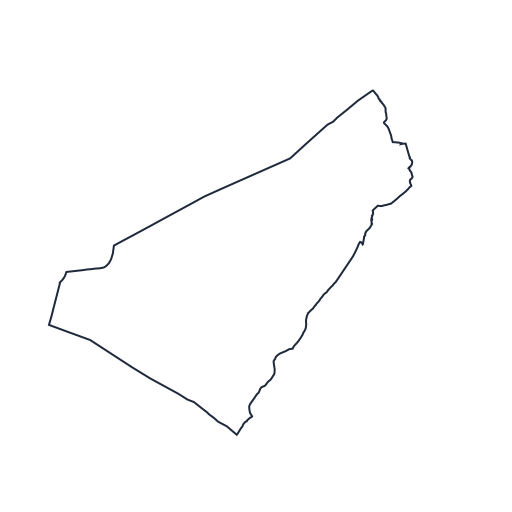 Xalatlaco, México, Mexico, rotated 137°
{"feature_id": "50627088B62914317487686", "entity_name": "Xalatlaco", "entity_type": "district", "adm_level": 2, "iso_a3": "MEX", "parent_name": "Mexico", "parent_adm1": "México", "projection": "natural_earth1", "projection_center": [-99.395, 19.166], "detail": "fine", "context": "isolated", "style": "outline", "palette": "slate", "viewbox_px": 512, "rotation_deg": 137, "n_neighbors": 0, "source": "geoboundaries", "source_scale": "gbopen_adm2", "svg_char_len": 5834}
<svg xmlns="http://www.w3.org/2000/svg" viewBox="0 0 512 512"><g transform="rotate(137 256 256)"><path d="M392.0,138.4L391.3,138.6L390.2,138.7L388.5,139.2L386.8,139.6L385.3,140.1L383.9,140.4L382.9,140.5L381.9,140.7L381.5,140.9L380.6,141.4L379.3,141.8L377.8,141.9L376.6,141.9L375.4,141.4L374.7,141.8L373.9,141.8L372.0,141.8L370.3,141.7L369.2,141.3L368.7,141.3L368.3,141.3L368.2,141.6L368.0,142.2L367.7,143.7L367.3,145.5L366.3,147.1L365.2,148.7L363.6,150.6L361.7,151.6L360.1,152.0L358.1,152.4L354.6,153.1L350.9,154.0L348.9,154.3L347.6,154.2L346.1,154.7L344.9,155.3L343.4,156.0L341.6,156.3L340.3,155.9L338.9,155.3L337.5,155.0L335.8,155.3L334.0,155.7L332.5,155.8L329.7,155.6L327.0,156.2L324.8,156.8L323.4,157.1L322.2,157.9L320.9,159.1L319.3,160.8L317.0,164.3L315.6,166.2L314.8,167.1L313.8,167.4L312.9,167.6L312.3,167.7L312.0,167.7L311.1,168.3L310.0,168.7L308.2,168.7L306.5,168.6L304.9,168.3L303.3,167.7L301.8,167.2L299.9,166.4L297.7,165.8L295.3,165.2L293.9,164.3L292.4,163.2L290.4,164.0L288.8,164.3L288.1,164.4L287.2,164.4L285.9,164.5L285.0,164.6L284.1,164.7L282.7,164.9L282.0,165.0L281.4,165.2L279.9,165.5L278.7,165.8L277.9,166.0L276.9,166.4L276.0,166.5L275.3,166.8L274.5,167.2L273.8,167.6L272.7,167.8L271.8,168.0L271.1,168.4L270.2,168.6L269.3,169.1L268.3,169.7L267.4,170.5L266.3,171.4L265.3,172.4L264.8,173.2L264.2,173.9L263.7,174.4L263.1,174.9L262.6,175.4L261.9,175.9L261.4,176.3L260.5,176.8L259.4,177.6L258.8,177.8L258.0,178.2L256.6,178.8L256.1,178.7L255.3,178.7L254.6,178.8L253.7,178.8L253.1,178.8L252.5,178.8L251.8,178.8L250.9,178.8L250.2,178.7L249.5,178.9L248.0,179.2L247.0,179.4L246.1,179.5L245.2,179.5L244.4,179.8L243.5,179.9L242.7,179.9L241.8,180.0L240.8,180.1L239.7,180.3L238.9,180.5L238.1,180.8L237.2,180.8L236.0,181.0L235.3,181.1L234.8,181.1L234.0,181.4L233.0,181.6L231.9,181.6L231.0,181.6L230.2,181.5L229.5,181.4L228.8,181.3L228.1,181.5L227.5,181.6L226.7,181.9L225.9,181.9L224.7,182.0L223.1,182.1L221.7,182.2L221.2,182.2L220.5,182.1L217.4,182.6L216.0,182.6L215.2,182.6L214.3,182.9L212.7,183.2L185.3,189.6L183.3,190.3L181.6,190.9L179.4,191.7L177.8,192.4L175.4,193.4L173.4,194.4L171.1,195.1L170.2,195.3L170.1,195.1L169.9,194.6L169.7,194.0L169.8,192.8L170.1,191.7L169.9,191.7L169.6,191.8L168.2,192.9L166.7,194.1L166.4,194.3L166.0,194.6L165.8,194.7L164.9,195.3L164.2,196.0L163.9,196.4L163.7,196.5L162.8,196.5L162.6,196.5L162.3,196.6L162.2,196.6L161.9,196.8L161.6,197.1L161.3,197.4L161.2,197.6L161.0,197.8L160.8,197.9L160.7,198.0L160.3,198.2L160.1,198.2L159.8,198.3L159.7,198.4L159.3,198.5L159.2,198.6L159.0,198.8L157.8,198.9L156.6,198.9L156.4,198.9L156.2,198.9L155.3,198.9L155.0,199.0L154.8,199.0L154.2,199.0L153.3,199.0L152.6,199.3L151.7,199.6L151.1,199.7L150.2,200.0L149.4,200.3L149.2,200.3L149.0,200.9L148.8,201.3L149.0,201.3L148.4,202.0L147.9,202.4L147.4,202.8L146.9,203.1L147.5,203.3L147.4,203.5L147.1,203.8L146.8,204.0L146.5,204.2L146.3,204.3L146.1,204.6L145.8,204.6L145.7,204.5L145.4,204.7L145.1,205.3L144.7,205.4L144.3,205.7L143.9,206.0L143.6,206.0L143.6,206.4L142.9,206.6L142.1,206.8L141.7,206.9L141.4,207.2L141.1,207.4L140.8,207.8L140.1,208.8L139.6,209.7L138.5,209.7L136.5,209.7L134.0,209.7L133.6,209.7L132.7,209.7L131.9,208.9L130.9,207.6L130.0,206.8L129.8,206.7L129.0,206.3L128.0,205.8L127.0,205.2L125.9,204.5L124.4,203.7L123.4,203.3L123.0,203.0L122.8,203.0L122.2,202.6L121.9,202.3L120.2,202.1L119.3,202.1L118.4,202.0L117.9,201.9L115.6,201.8L113.9,201.7L110.9,201.7L109.8,201.7L109.1,201.6L105.7,201.3L104.0,201.2L102.3,201.1L100.5,201.2L99.4,201.2L96.7,201.5L95.7,201.4L95.2,201.4L94.5,201.4L94.0,202.6L93.7,203.6L93.4,204.4L92.8,205.3L92.4,205.9L91.5,206.5L90.8,206.7L90.2,206.6L89.7,206.4L88.4,206.8L87.5,207.1L87.0,208.1L86.4,209.4L85.7,210.6L85.3,211.3L85.3,212.3L85.3,213.1L85.1,213.9L84.5,214.8L84.7,215.7L84.7,216.2L82.9,216.4L82.4,216.1L82.2,216.0L80.1,216.6L79.6,216.7L78.2,217.7L77.5,218.4L77.2,219.0L76.8,219.6L77.1,220.9L76.9,222.7L76.1,223.1L76.1,223.9L76.0,224.2L69.9,236.1L70.4,236.6L70.7,236.9L70.8,236.9L71.4,237.4L71.6,237.6L71.8,237.8L72.5,238.3L72.9,238.5L73.2,238.8L73.4,238.9L73.0,239.0L72.9,239.1L72.7,239.3L73.0,239.6L73.8,240.9L73.9,241.0L74.1,241.4L75.3,242.7L76.4,244.0L76.5,244.1L78.1,245.8L78.3,246.0L78.1,246.3L77.0,248.9L76.3,250.1L75.2,251.7L74.5,253.2L73.6,255.4L73.5,255.7L72.5,257.9L71.7,260.3L71.6,260.7L71.6,261.9L71.6,263.3L71.7,264.6L71.7,265.5L71.7,265.9L71.6,266.2L71.3,266.4L70.9,266.6L70.3,266.6L69.4,266.6L68.8,266.6L68.1,266.7L67.4,267.0L67.0,267.2L66.1,268.0L65.8,268.5L65.5,269.1L64.9,269.8L63.4,271.8L63.2,272.6L61.4,274.8L60.8,275.2L60.4,275.9L60.1,276.6L60.0,277.7L59.6,279.3L59.5,280.6L59.6,281.5L59.5,281.9L59.4,282.1L59.3,282.4L59.4,282.6L59.5,282.8L59.4,283.0L59.1,283.5L59.2,283.8L59.3,283.9L59.5,284.3L59.5,284.6L59.3,284.9L59.2,284.9L59.1,285.0L59.2,285.4L59.1,285.6L59.0,285.9L58.9,286.0L59.0,286.2L59.0,286.7L59.0,286.9L58.9,287.2L58.8,287.9L58.5,288.5L58.2,288.9L58.0,289.7L58.0,290.3L57.8,291.1L57.8,291.9L57.9,292.7L57.7,293.7L57.7,294.3L57.7,295.0L57.6,296.0L57.6,296.7L57.6,297.3L58.8,297.7L75.5,300.1L90.2,300.9L101.9,301.8L107.9,301.6L114.1,303.3L143.6,303.9L164.5,304.1L190.7,313.2L215.5,321.8L234.9,328.5L253.1,334.7L268.8,338.7L282.7,342.3L297.4,346.1L312.3,349.9L330.3,354.6L348.4,359.4L352.8,360.5L357.6,356.6L359.1,355.4L360.3,354.7L361.7,353.9L362.9,353.2L364.1,352.5L366.2,351.8L367.8,351.2L369.5,351.0L371.2,350.9L372.8,350.9L374.2,351.2L375.3,351.5L377.0,352.5L379.0,353.8L380.3,354.9L381.6,356.0L383.9,357.7L385.0,358.4L386.1,359.2L387.8,360.7L392.6,364.0L405.5,373.6L406.2,373.3L407.2,372.7L408.7,372.0L410.1,371.4L411.9,370.9L413.1,370.7L414.6,370.5L417.6,370.5L418.0,369.8L439.9,355.8L446.4,351.6L454.4,346.8L445.8,329.7L434.6,307.7L422.4,258.6L416.9,238.7L406.7,208.0L404.1,197.9L401.0,191.5L399.9,184.2L398.4,174.9L398.3,172.1L397.2,166.2L396.7,160.6L393.5,151.4L392.0,138.4Z" fill="none" stroke="#1e293b" stroke-width="2"/></g></svg>